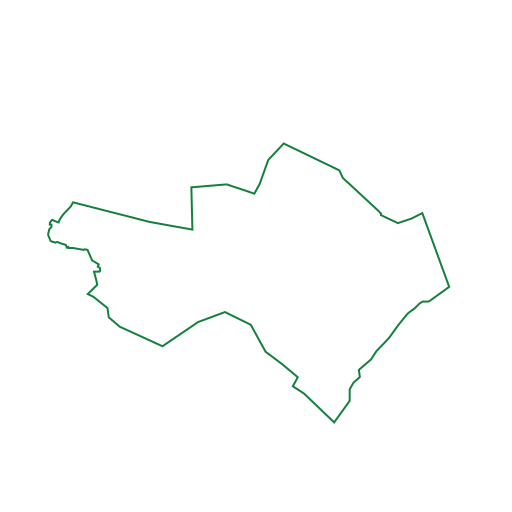 Santiago Tillo, Oaxaca, Mexico (Albers equal-area conic projection), rotated 224°
{"feature_id": "50627088B22600736926563", "entity_name": "Santiago Tillo", "entity_type": "district", "adm_level": 2, "iso_a3": "MEX", "parent_name": "Mexico", "parent_adm1": "Oaxaca", "projection": "albers", "projection_center": [-97.308, 17.467], "detail": "fine", "context": "isolated", "style": "outline", "palette": "green", "viewbox_px": 512, "rotation_deg": 224, "n_neighbors": 0, "source": "geoboundaries", "source_scale": "gbopen_adm2", "svg_char_len": 1311}
<svg xmlns="http://www.w3.org/2000/svg" viewBox="0 0 512 512"><g transform="rotate(224 256 256)"><path d="M166.2,402.4L170.1,391.0L176.8,378.2L194.5,372.2L195.3,373.3L198.8,373.5L238.8,372.7L240.9,372.7L241.2,372.6L247.8,372.5L255.5,375.5L312.8,356.6L314.2,356.2L313.9,333.6L303.5,310.6L300.5,299.7L326.8,287.2L350.2,260.5L320.1,230.8L356.2,206.6L424.9,167.5L423.7,163.3L423.6,159.8L423.6,152.4L422.8,147.0L421.6,143.1L421.4,143.0L421.7,142.7L427.8,140.3L427.5,137.0L426.2,135.4L425.0,136.4L423.4,134.9L423.3,131.8L421.1,127.9L419.9,126.6L414.3,124.2L411.9,124.9L411.2,125.7L409.7,126.1L408.8,128.0L404.3,129.9L400.5,131.9L397.9,130.7L397.3,132.0L396.5,131.4L393.1,134.7L384.2,140.7L384.1,141.6L381.5,143.4L370.9,139.0L363.4,140.7L362.4,138.4L360.2,139.1L357.8,137.2L357.7,136.1L361.6,132.2L353.4,127.2L350.2,124.9L350.6,111.8L344.6,113.7L326.7,115.4L319.3,109.6L304.8,110.5L260.6,126.1L251.8,168.2L239.4,194.1L212.0,202.9L182.7,193.8L162.6,196.3L141.8,197.8L140.1,192.0L139.0,187.9L125.9,190.4L84.2,190.6L88.0,216.9L96.0,225.2L97.9,232.7L97.2,241.0L102.9,245.6L101.4,261.4L103.3,271.3L103.3,280.2L103.3,281.5L103.4,289.6L105.7,305.4L106.2,311.5L106.8,317.7L106.8,321.2L105.5,328.5L105.4,335.2L104.5,338.9L100.6,342.7L99.9,344.0L95.6,368.0L166.2,402.4Z" fill="none" stroke="#15803d" stroke-width="2"/></g></svg>